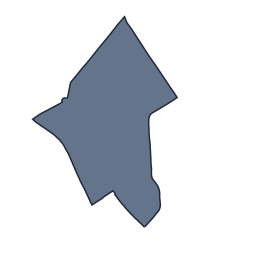 Al Matariyya, Al Qahirah, Egypt, rotated 131°
{"feature_id": "37247803B27962965783351", "entity_name": "Al Matariyya", "entity_type": "district", "adm_level": 2, "iso_a3": "EGY", "parent_name": "Egypt", "parent_adm1": "Al Qahirah", "projection": "robinson", "projection_center": [31.312, 30.128], "detail": "fine", "context": "isolated", "style": "filled", "palette": "slate", "viewbox_px": 256, "rotation_deg": 131, "n_neighbors": 0, "source": "geoboundaries", "source_scale": "gbopen_adm2", "svg_char_len": 4878}
<svg xmlns="http://www.w3.org/2000/svg" viewBox="0 0 256 256"><g transform="rotate(131 128 128)"><path d="M204.0,117.7L204.3,117.0L204.6,116.4L204.8,115.8L205.2,115.0L205.6,114.1L206.0,113.2L206.3,112.4L206.6,111.9L206.8,111.4L207.4,110.1L208.0,108.8L208.1,108.5L208.2,108.4L208.4,108.0L208.5,107.6L208.7,107.2L209.0,106.6L209.2,106.1L209.3,105.8L209.4,105.5L209.5,105.2L209.7,104.6L209.3,104.5L209.0,104.5L208.7,104.4L208.1,104.2L207.7,104.1L207.2,103.9L206.8,103.8L205.9,103.6L205.5,103.5L205.1,103.4L204.3,103.1L203.4,102.9L203.0,102.8L202.6,102.7L201.9,102.5L201.8,102.4L201.4,102.3L201.0,102.2L200.2,101.9L199.8,101.8L199.4,101.7L198.5,101.4L198.2,101.3L197.9,101.3L197.5,101.2L197.2,101.2L196.9,101.2L196.6,101.2L196.0,101.1L195.8,101.0L195.5,100.9L194.9,100.8L194.4,100.7L193.9,100.6L193.6,100.5L193.4,100.4L193.1,100.3L192.8,100.2L192.4,100.1L192.1,100.0L191.9,100.0L191.5,99.9L191.0,99.8L190.5,99.7L190.0,99.5L189.5,99.4L189.0,99.2L188.7,99.1L188.4,99.1L188.1,98.9L187.9,98.9L187.6,98.8L187.0,98.6L186.7,98.5L186.4,98.4L185.8,98.3L185.3,98.1L185.2,98.1L185.8,95.1L185.9,94.9L186.9,94.0L188.6,86.3L190.1,76.5L190.8,70.8L191.4,63.2L191.4,60.7L191.9,51.6L192.0,51.1L190.8,50.5L188.6,50.4L186.1,50.4L183.9,50.3L180.8,50.3L179.3,50.3L176.2,50.4L175.2,50.4L175.0,50.5L172.4,50.5L171.2,50.5L169.2,50.8L167.6,51.4L166.0,52.3L164.5,53.4L162.9,55.1L160.9,57.2L159.5,58.7L157.7,60.2L156.3,61.4L155.4,62.4L154.6,63.4L153.6,64.9L152.7,66.4L151.9,68.9L151.1,72.0L150.8,73.6L150.4,76.2L148.6,78.9L147.1,80.4L145.6,81.7L144.4,82.6L143.0,83.8L142.6,84.3L142.3,84.6L139.9,87.2L138.2,88.8L137.2,89.7L135.5,91.3L134.3,92.4L132.4,94.3L131.4,95.2L129.3,97.3L127.7,98.8L124.5,102.0L122.6,104.1L121.3,105.5L120.1,106.7L119.0,107.9L116.8,110.0L115.8,110.8L114.5,112.0L113.3,113.2L111.9,114.6L110.6,115.8L108.4,117.5L106.3,119.0L105.0,119.6L103.5,119.9L103.1,119.9L102.0,119.9L98.9,119.0L96.1,118.0L82.2,113.5L72.8,110.9L71.3,115.9L69.5,123.1L65.0,139.6L62.5,148.5L61.5,153.0L59.5,160.8L57.3,168.4L55.0,176.2L53.5,181.8L52.2,185.9L51.8,187.3L50.9,190.4L50.3,193.2L49.9,195.2L49.3,197.7L48.6,199.3L47.3,201.6L47.2,201.7L46.3,203.7L48.4,203.7L50.5,203.6L51.2,203.6L51.7,203.6L52.0,203.6L54.6,203.7L62.5,203.3L73.4,202.8L83.2,202.6L91.4,202.3L98.4,202.0L107.4,201.7L113.2,201.7L131.4,201.2L143.2,194.4L144.3,193.8L144.5,193.7L145.0,193.6L145.4,193.6L145.6,193.9L145.8,194.1L146.0,194.4L146.1,194.6L146.3,194.8L146.4,195.0L146.6,195.2L146.8,195.4L147.0,195.6L147.4,195.9L147.6,196.0L147.8,196.2L148.0,196.3L148.3,196.4L148.6,196.4L148.9,196.4L149.2,196.4L149.5,196.4L150.0,196.3L150.2,196.2L150.5,196.0L150.7,195.9L150.9,195.7L151.2,195.5L151.3,195.3L151.5,195.1L151.7,194.6L151.8,194.5L152.1,194.6L168.5,200.9L174.6,203.3L175.1,203.4L175.6,203.6L183.9,205.7L183.9,205.4L183.9,205.0L184.0,204.6L184.0,204.4L184.0,203.9L184.0,203.5L184.0,203.0L184.0,202.5L184.0,201.9L184.0,201.4L183.9,200.8L183.9,200.3L183.8,199.7L183.8,199.4L183.7,199.0L183.7,198.6L183.6,198.2L183.6,197.9L183.5,197.4L183.5,197.2L183.5,196.9L183.5,196.4L183.4,195.9L183.4,195.4L183.3,194.9L183.3,194.4L183.2,194.0L183.2,193.5L183.1,193.1L183.0,192.5L183.0,192.3L182.9,191.5L182.8,190.6L182.7,189.7L182.6,189.3L182.6,188.8L182.5,187.9L182.4,187.4L182.4,187.0L182.3,186.3L182.2,185.9L182.2,185.6L182.1,184.9L182.1,184.2L182.0,183.3L181.9,182.5L181.9,182.1L181.8,181.7L181.8,180.9L181.8,180.5L181.7,180.1L181.7,179.4L181.7,178.8L181.7,178.3L181.7,177.9L181.7,177.2L181.7,176.6L181.7,175.9L181.8,175.3L181.8,174.8L181.8,174.2L181.8,173.7L181.9,173.1L181.9,172.5L181.9,171.9L181.9,171.5L182.0,171.2L182.1,170.3L182.2,170.0L182.2,169.6L182.3,169.0L182.4,168.6L182.5,168.3L182.5,168.0L182.6,167.7L182.7,167.1L182.8,166.7L182.9,166.3L183.1,165.9L183.2,165.5L183.4,165.0L183.5,164.5L183.7,164.0L183.9,163.5L184.0,163.2L184.2,162.8L184.3,162.4L184.5,162.0L184.7,161.5L184.9,160.9L185.0,160.6L185.1,160.4L185.3,159.8L185.5,159.2L185.7,158.7L185.9,158.1L186.1,157.3L186.2,157.2L186.4,156.4L186.5,156.0L186.8,155.5L187.0,155.1L187.2,154.6L187.5,154.1L187.9,153.2L188.3,152.4L188.5,151.9L188.7,151.5L189.1,150.7L189.3,150.3L189.5,149.9L189.7,149.5L189.9,149.1L190.2,148.4L190.6,147.6L190.8,147.3L190.9,146.9L191.3,146.2L191.4,145.9L191.6,145.6L191.9,145.0L192.0,144.7L192.2,144.3L192.3,144.2L192.5,143.7L192.6,143.4L192.8,143.1L193.1,142.5L193.2,142.2L193.4,141.9L193.6,141.3L193.8,140.9L194.0,140.6L194.4,139.9L194.5,139.5L194.7,139.2L195.0,138.5L195.2,138.1L195.4,137.8L195.6,137.4L195.7,137.0L196.1,136.1L196.5,135.2L196.7,134.7L196.9,134.2L197.4,133.3L198.0,132.0L198.6,130.7L199.2,129.4L199.8,128.1L199.9,127.8L200.0,127.5L200.2,126.9L200.4,126.5L200.5,126.2L200.8,125.5L201.0,124.8L201.2,124.3L201.3,124.1L201.6,123.3L201.7,123.0L201.8,122.8L201.9,122.3L202.1,121.8L202.3,121.4L202.6,120.9L202.9,120.2L203.2,119.5L203.4,119.0L203.6,118.5L203.8,118.1L204.0,117.8L204.0,117.7Z" fill="#64748b" stroke="#1e293b" stroke-width="1.5"/></g></svg>